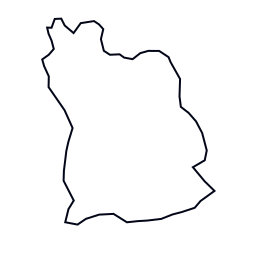 the district of Geri, Nicosia, Cyprus, rotated 277°
{"feature_id": "46923920B78801586806598", "entity_name": "Geri", "entity_type": "district", "adm_level": 2, "iso_a3": "CYP", "parent_name": "Cyprus", "parent_adm1": "Nicosia", "projection": "albers", "projection_center": [33.437, 35.104], "detail": "fine", "context": "isolated", "style": "outline", "palette": "ink", "viewbox_px": 256, "rotation_deg": 277, "n_neighbors": 0, "source": "geoboundaries", "source_scale": "gbopen_adm2", "svg_char_len": 857}
<svg xmlns="http://www.w3.org/2000/svg" viewBox="0 0 256 256"><g transform="rotate(277 128 128)"><path d="M217.8,35.5L211.8,37.7L205.4,41.5L197.4,44.7L191.0,40.4L185.6,34.5L179.2,37.2L169.6,43.1L158.9,44.2L137.9,62.9L121.2,73.0L107.0,70.5L97.8,69.6L77.8,69.6L67.8,70.5L49.4,83.0L40.2,78.8L26.8,77.2L26.0,89.7L32.7,97.3L38.5,109.9L41.0,124.1L34.3,138.4L36.8,149.3L38.5,158.5L41.8,172.0L47.7,182.9L51.0,191.3L56.9,203.9L64.4,208.9L76.1,221.5L84.4,210.6L97.0,197.2L105.3,208.1L115.3,208.9L132.1,202.2L142.9,194.7L150.4,186.3L155.4,177.9L165.5,175.3L183.0,173.7L198.5,162.3L203.3,159.6L208.3,149.5L207.0,138.7L203.8,131.1L196.9,124.2L197.4,115.6L200.1,110.7L198.5,101.1L201.7,94.6L212.9,90.3L223.1,91.4L227.3,86.6L230.0,81.2L226.3,68.3L215.6,62.4L222.0,52.7L228.4,48.4L227.3,42.0L218.2,39.9L217.8,35.5Z" fill="none" stroke="#020617" stroke-width="2"/></g></svg>